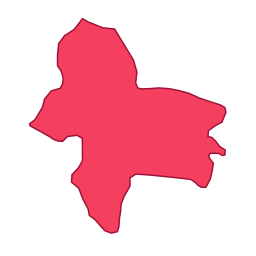 an SVG outline of Skopje, rotated 274°
{"feature_id": "MKD-2901", "entity_name": "Skopje", "entity_type": "Statistical Region", "adm_level": 1, "iso_a3": "MKD", "parent_name": "North Macedonia", "parent_adm1": "", "projection": "natural_earth1", "projection_center": [21.679, 41.893], "detail": "fine", "context": "isolated", "style": "filled", "palette": "rose", "viewbox_px": 256, "rotation_deg": 274, "n_neighbors": 0, "source": "natural_earth", "source_scale": "10m", "svg_char_len": 1260}
<svg xmlns="http://www.w3.org/2000/svg" viewBox="0 0 256 256"><g transform="rotate(274 128 128)"><path d="M26.5,109.4L27.2,108.6L34.3,101.5L35.9,99.1L38.0,95.6L44.6,93.8L54.0,87.9L64.5,83.1L70.1,75.4L77.6,75.4L84.7,81.3L92.3,84.9L99.3,84.3L108.3,83.7L114.4,83.1L117.2,77.8L115.3,68.3L110.1,63.6L110.1,59.5L111.3,54.9L114.3,49.6L118.8,40.1L123.3,30.2L125.3,29.5L130.0,34.8L142.7,41.2L151.1,42.8L159.6,48.8L162.9,57.6L167.9,59.8L173.7,59.8L180.3,57.2L185.1,53.4L195.1,52.6L207.5,53.0L215.7,58.3L222.5,67.4L231.0,73.1L234.0,74.9L231.0,80.9L226.2,95.8L225.8,107.8L216.1,114.5L208.9,119.7L196.1,128.7L184.4,133.0L173.5,132.5L168.6,134.9L167.9,138.7L168.9,147.7L170.1,155.8L170.1,166.2L169.0,175.2L167.1,185.7L163.0,196.6L160.0,208.0L157.3,218.9L155.1,223.2L150.5,224.6L140.4,221.3L136.2,214.6L130.9,208.4L124.9,208.4L124.5,212.2L120.8,216.5L115.9,220.8L112.8,226.5L107.9,226.5L107.1,224.1L109.0,220.3L108.6,212.2L106.4,210.3L103.0,211.8L98.8,215.6L92.4,215.1L83.0,213.7L74.3,209.9L74.1,207.2L74.0,205.1L75.8,201.8L78.4,198.9L81.1,194.2L81.8,179.5L82.6,153.8L82.6,139.1L78.4,133.4L70.5,134.1L59.2,128.8L51.3,126.4L43.7,126.4L38.9,125.9L38.0,125.8L29.1,125.8L23.9,124.7L22.0,118.7L23.9,112.2L26.5,109.4Z" fill="#f43f5e" stroke="#9f1239" stroke-width="1.5"/></g></svg>